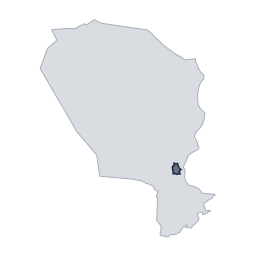 Illéla, Tahoua, Niger shown in context, rotated 275°
{"feature_id": "23599985B93785804329420", "entity_name": "Illéla", "entity_type": "district", "adm_level": 2, "iso_a3": "NER", "parent_name": "Niger", "parent_adm1": "Tahoua", "projection": "natural_earth1", "projection_center": [5.19, 14.297], "detail": "fine", "context": "in_parent", "style": "filled", "palette": "slate", "viewbox_px": 256, "rotation_deg": 275, "n_neighbors": 0, "source": "geoboundaries", "source_scale": "gbopen_adm2", "svg_char_len": 3495}
<svg xmlns="http://www.w3.org/2000/svg" viewBox="0 0 256 256"><g transform="rotate(275 128 128)"><path d="M203.0,189.3L200.5,189.3L199.2,189.8L197.4,191.3L195.5,191.9L193.1,193.3L191.7,194.4L190.3,195.2L188.3,197.3L187.7,198.8L185.8,199.2L183.1,198.9L181.4,197.3L177.4,195.7L174.8,195.0L173.6,194.8L167.5,194.5L161.1,195.1L157.8,195.9L157.2,196.1L155.3,197.1L153.8,198.2L149.6,203.3L144.0,203.1L140.8,202.5L138.0,201.8L134.0,199.4L129.2,195.8L127.3,195.3L125.6,195.0L125.1,195.0L119.3,198.6L118.2,198.6L116.8,199.0L115.9,199.9L115.3,200.3L114.6,200.4L113.7,200.2L112.8,199.6L111.9,198.6L109.5,194.6L109.0,193.9L108.0,192.7L106.3,190.9L105.1,190.0L104.4,189.8L103.6,189.9L98.9,188.3L94.3,186.6L93.3,186.9L92.6,187.2L91.0,188.5L89.1,188.7L86.7,188.6L85.4,188.4L83.2,188.8L81.8,189.3L80.0,190.2L77.6,192.5L76.9,192.8L76.3,193.1L75.5,199.4L74.8,201.3L73.6,203.8L71.2,206.2L69.6,207.7L69.5,209.6L69.4,212.8L69.4,215.0L69.5,216.4L69.2,217.1L69.1,217.7L69.2,218.7L69.6,219.1L69.8,219.7L69.6,220.2L68.9,220.7L68.0,219.3L66.9,218.3L65.7,217.8L64.9,217.1L64.5,216.1L62.9,214.1L59.3,210.2L58.9,210.1L58.3,210.0L57.3,210.4L56.6,211.1L56.2,211.3L55.5,211.4L53.8,211.9L52.4,212.5L52.3,213.0L53.0,216.0L52.7,217.6L52.1,216.8L50.1,213.8L48.7,211.6L48.5,211.1L48.3,210.4L48.4,210.0L49.0,209.8L50.2,209.5L50.5,209.3L50.5,208.7L50.3,207.5L49.6,206.0L48.9,205.0L48.5,204.8L47.7,204.8L46.9,204.9L45.4,206.1L44.7,206.4L43.1,206.3L41.7,206.0L40.8,205.4L38.2,202.9L35.4,200.3L34.2,199.9L33.9,199.7L33.8,197.6L33.8,195.2L34.0,194.6L35.2,195.0L36.4,195.2L36.8,194.7L35.8,193.9L34.4,193.0L33.9,191.7L33.4,191.2L32.8,190.7L32.0,190.5L31.3,190.1L30.8,189.7L29.9,189.6L29.1,189.3L27.8,187.2L26.5,185.1L25.8,183.5L25.6,182.5L25.9,180.8L25.6,180.1L24.2,178.4L23.0,176.9L23.3,174.4L23.6,172.4L23.6,171.1L23.8,170.4L24.0,169.6L24.7,169.3L26.7,169.3L30.5,169.7L33.6,169.3L33.7,169.2L35.9,167.0L38.3,164.7L41.9,164.5L45.8,164.3L48.8,164.1L53.3,164.0L56.9,163.8L61.0,163.6L61.2,162.6L61.4,162.3L61.8,162.3L64.9,162.9L67.7,163.4L68.0,161.4L70.5,158.9L71.9,158.4L72.3,158.0L72.7,157.1L73.0,155.8L73.1,154.9L73.7,154.2L74.1,152.8L74.6,150.3L76.0,147.7L76.8,144.2L77.0,140.8L77.1,138.2L77.5,137.7L77.5,133.1L77.5,128.5L77.5,124.6L77.5,119.8L77.5,115.5L77.5,110.9L77.5,106.8L77.5,104.0L80.4,103.4L83.4,102.7L87.8,101.7L92.5,100.6L97.7,99.4L98.8,98.7L102.7,94.8L104.5,93.0L108.0,89.4L110.7,86.7L114.1,83.2L117.7,79.6L120.6,76.8L125.1,73.7L131.9,68.9L138.8,64.1L145.6,59.3L152.4,54.5L159.1,49.7L165.9,44.9L172.7,40.1L179.4,35.3L186.3,37.1L192.8,38.8L199.4,40.6L201.0,41.5L204.5,45.0L209.0,49.3L209.4,49.4L213.7,46.8L219.2,43.5L220.8,52.6L222.1,60.4L222.2,65.3L222.3,66.6L222.8,67.5L223.8,68.4L228.1,75.6L227.2,76.8L227.9,79.0L229.0,80.0L232.5,84.3L233.0,85.1L232.8,85.8L230.4,90.8L230.1,92.1L229.7,98.5L229.4,103.0L229.0,109.2L228.6,116.7L228.2,122.9L227.8,131.2L227.3,139.1L223.9,143.4L217.8,151.0L212.8,157.2L210.3,161.4L205.4,169.5L203.3,174.8L201.6,177.5L200.7,178.7L201.5,182.5L203.0,189.3Z" fill="#d9dde1" stroke="#a8b0b8" stroke-width="1"/><path d="M86.8,183.9L87.9,183.4L89.0,182.7L90.6,183.9L91.3,184.4L91.4,184.2L92.1,183.1L93.0,182.2L94.2,181.6L96.9,180.5L96.6,178.3L96.9,177.4L96.9,176.8L95.7,177.1L95.1,177.4L94.3,177.3L94.3,176.3L93.1,175.6L92.2,175.7L91.8,176.0L90.2,176.1L89.7,176.4L88.8,176.6L88.4,177.0L87.8,177.0L87.3,176.8L86.5,176.7L86.5,177.5L86.5,178.1L86.5,178.8L86.7,179.1L86.5,179.6L86.1,180.1L86.1,180.6L86.3,181.3L86.7,181.8L86.7,182.5L86.8,183.9Z" fill="#64748b" stroke="#1e293b" stroke-width="1.5"/></g></svg>